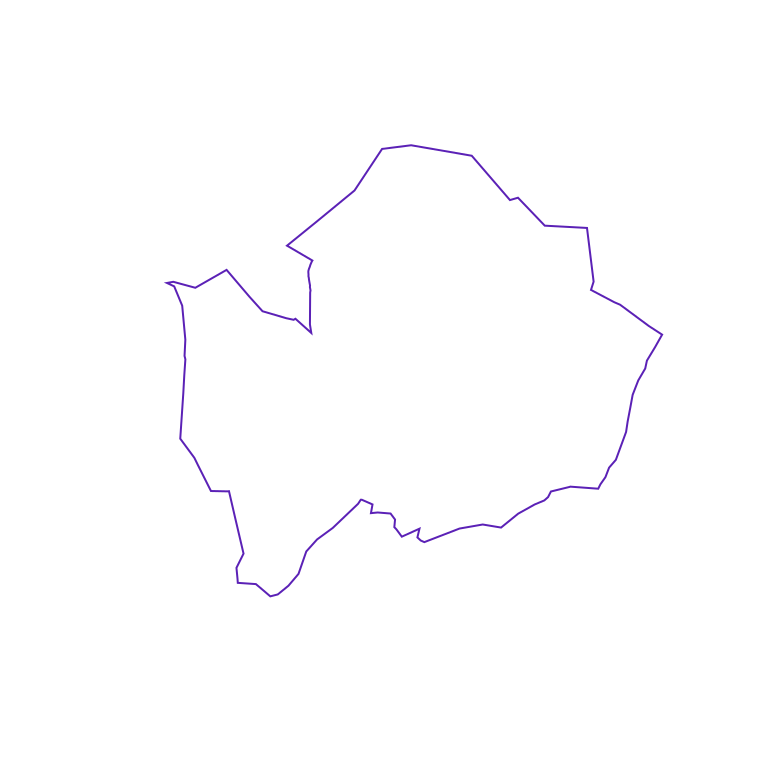 the district of Santiago Zacatepec, Oaxaca, Mexico, rotated 217°
{"feature_id": "50627088B38006544151025", "entity_name": "Santiago Zacatepec", "entity_type": "district", "adm_level": 2, "iso_a3": "MEX", "parent_name": "Mexico", "parent_adm1": "Oaxaca", "projection": "equal_earth", "projection_center": [-95.883, 17.203], "detail": "fine", "context": "isolated", "style": "outline", "palette": "violet", "viewbox_px": 768, "rotation_deg": 217, "n_neighbors": 0, "source": "geoboundaries", "source_scale": "gbopen_adm2", "svg_char_len": 1534}
<svg xmlns="http://www.w3.org/2000/svg" viewBox="0 0 768 768"><g transform="rotate(217 384 384)"><path d="M149.9,429.3L150.8,434.1L151.1,442.9L153.9,452.7L153.2,463.0L161.8,491.4L166.8,500.6L172.9,513.0L178.9,525.0L183.1,539.9L184.7,553.6L188.1,560.9L189.7,576.6L191.6,590.8L207.3,589.7L243.2,589.4L249.3,587.9L275.3,583.7L278.2,591.9L315.8,630.8L350.9,607.2L389.1,613.4L394.1,606.7L451.3,619.1L506.0,591.0L527.0,570.6L524.0,520.8L534.6,476.9L535.3,474.0L544.7,436.1L515.5,439.5L515.4,438.5L515.2,437.6L514.8,436.0L514.5,434.8L513.8,432.9L513.2,430.7L512.4,428.7L511.5,427.5L510.1,425.9L509.2,424.6L507.9,423.5L506.8,422.3L504.8,420.4L503.5,419.2L502.3,418.1L501.5,416.8L500.5,415.9L499.0,414.5L498.0,412.6L479.0,387.0L472.8,381.0L494.0,382.8L494.8,380.9L501.7,377.7L524.8,369.0L543.9,372.7L578.4,380.4L592.6,347.3L613.8,338.8L618.1,334.1L610.3,335.7L592.3,325.1L569.3,299.8L560.2,286.4L557.5,284.2L548.7,270.7L538.7,255.8L513.8,217.7L491.0,210.9L483.9,207.3L457.8,194.4L444.2,204.2L443.3,205.1L423.5,188.5L394.1,164.0L391.2,148.4L383.7,140.2L381.1,137.2L365.9,147.1L347.0,146.0L342.2,152.0L338.9,165.4L338.0,180.9L345.3,203.5L343.9,219.6L338.3,238.2L332.6,272.7L332.9,277.6L332.1,278.2L320.7,280.9L316.7,273.0L311.7,277.6L300.8,284.5L293.6,282.4L289.6,275.9L286.7,275.4L277.9,272.8L268.6,289.8L265.0,281.6L260.5,281.1L256.6,282.0L255.0,284.6L236.7,314.0L220.6,331.2L204.1,339.8L198.8,361.2L191.2,378.4L185.9,387.5L184.9,392.4L186.0,398.6L173.6,413.8L173.5,414.1L149.9,429.3Z" fill="none" stroke="#5b21b6" stroke-width="2"/></g></svg>